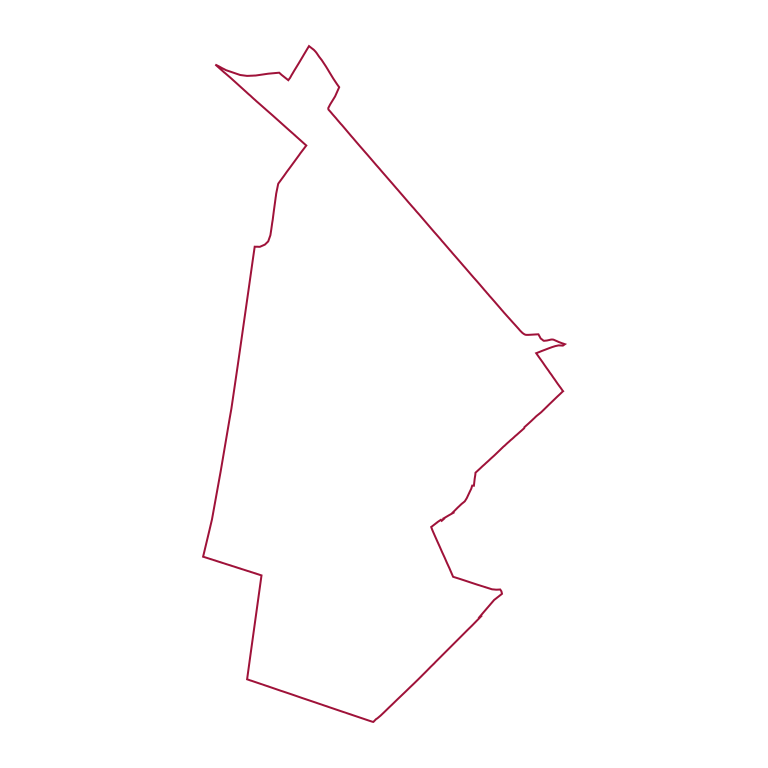 Valle de Chalco Solidaridad, México, Mexico
{"feature_id": "50627088B34446663804025", "entity_name": "Valle de Chalco Solidaridad", "entity_type": "district", "adm_level": 2, "iso_a3": "MEX", "parent_name": "Mexico", "parent_adm1": "México", "projection": "orthographic", "projection_center": [-98.94, 19.283], "detail": "fine", "context": "isolated", "style": "outline", "palette": "rose", "viewbox_px": 768, "rotation_deg": 0, "n_neighbors": 0, "source": "geoboundaries", "source_scale": "gbopen_adm2", "svg_char_len": 4712}
<svg xmlns="http://www.w3.org/2000/svg" viewBox="0 0 768 768"><path d="M292.2,132.9L303.8,143.3L306.3,145.5L300.2,153.5L299.4,154.7L289.9,167.7L288.4,169.7L286.9,171.7L284.3,175.4L280.5,180.6L278.3,183.6L278.1,184.3L276.2,193.6L275.8,196.7L275.6,197.8L275.6,198.0L275.0,202.5L273.9,210.5L273.1,216.7L272.7,219.9L272.2,222.9L271.3,229.3L270.4,235.2L270.3,235.5L268.2,241.4L264.9,244.6L259.9,246.8L254.7,246.7L252.8,259.8L249.0,286.7L245.3,312.6L241.5,339.2L237.8,365.0L231.4,408.6L229.6,418.8L220.7,471.2L212.0,519.3L209.3,530.8L203.1,556.7L261.5,575.4L250.5,654.6L247.1,679.3L248.3,679.7L250.8,680.6L251.0,680.6L260.7,683.9L272.2,687.8L280.9,690.8L282.8,691.4L292.3,694.6L302.1,698.0L316.1,702.7L317.5,703.2L337.5,710.0L363.0,718.6L368.6,720.5L372.6,721.8L373.4,721.9L376.1,719.1L376.3,719.0L377.1,718.5L377.5,718.2L380.6,715.6L384.8,711.6L389.0,707.5L393.2,703.5L397.4,699.4L401.6,695.4L405.8,691.4L410.0,687.3L414.2,683.3L418.4,679.2L422.4,675.2L426.5,671.1L430.5,667.0L434.6,663.0L435.6,661.9L439.6,657.9L443.6,653.9L447.6,649.9L451.6,645.9L455.6,641.9L459.6,637.9L463.6,633.9L467.6,629.9L472.5,625.1L476.5,621.0L480.6,616.8L479.7,616.8L483.2,612.7L486.8,608.5L490.5,604.2L494.2,599.9L495.0,599.3L502.0,593.8L501.4,591.3L500.2,589.5L496.4,589.7L492.0,589.3L484.7,587.0L477.4,584.7L471.3,582.7L465.3,580.7L459.2,578.7L453.1,576.8L450.0,569.6L449.5,568.4L447.0,563.0L444.6,557.5L442.1,552.1L439.7,546.6L437.2,541.1L434.8,535.7L432.4,530.2L431.2,527.0L437.8,521.9L440.9,519.8L441.7,520.8L444.0,518.8L443.6,518.4L443.8,518.3L448.7,515.4L453.7,512.6L453.6,512.2L453.1,512.2L457.8,507.5L461.4,504.1L462.6,503.1L463.4,502.5L464.8,501.3L466.8,498.1L469.8,491.7L471.3,488.6L472.1,485.8L471.4,485.6L471.5,485.6L472.6,485.6L473.9,485.7L474.7,478.6L475.3,474.9L475.5,472.7L480.3,468.3L482.5,466.2L484.9,464.1L485.6,463.4L488.5,460.8L490.4,459.0L490.6,458.8L492.6,457.0L493.4,456.3L494.6,455.2L496.9,453.0L503.4,446.7L503.8,446.3L504.2,446.1L506.2,444.2L507.6,442.9L508.2,442.4L509.1,441.6L510.8,440.0L511.7,439.3L513.3,437.9L515.2,436.1L517.0,434.6L519.0,432.8L524.2,428.2L524.4,427.2L528.1,423.9L531.7,420.6L532.0,420.3L536.4,416.1L541.1,412.3L544.3,409.2L549.2,404.4L554.4,399.4L557.2,396.7L560.0,394.1L562.6,391.6L563.1,391.2L562.5,390.5L561.0,388.3L560.1,387.1L557.9,384.1L556.3,381.8L554.8,379.6L553.2,377.4L551.6,375.0L550.1,373.0L549.6,372.3L548.7,370.9L547.6,369.4L546.3,367.6L545.2,366.0L544.9,365.6L542.8,362.5L539.0,357.2L536.2,353.2L537.8,352.6L542.0,350.9L545.2,349.7L548.8,348.3L552.1,347.1L555.3,346.1L558.6,345.4L562.9,345.6L564.9,344.2L563.5,343.7L562.2,343.3L558.5,341.9L557.7,341.5L555.4,340.5L553.6,339.7L553.1,339.6L552.5,339.5L551.9,339.5L551.4,339.5L550.0,339.8L549.7,339.9L547.0,340.5L546.1,340.6L543.9,340.8L543.4,340.6L542.2,339.6L540.7,338.5L539.9,337.0L538.4,334.3L538.0,334.3L529.6,334.8L527.2,334.9L525.7,334.8L524.6,334.4L523.8,333.9L522.4,332.9L521.1,331.6L519.8,330.3L519.1,329.4L512.6,322.2L506.5,315.4L505.0,313.7L503.9,312.5L503.0,311.4L501.3,309.5L501.0,309.1L497.9,305.5L491.3,297.9L489.4,295.8L488.2,294.3L487.6,293.7L486.5,292.4L485.5,291.2L484.4,290.0L483.0,288.3L477.5,281.9L473.3,277.2L470.2,273.6L469.6,272.9L467.2,270.1L464.7,267.2L463.7,266.1L459.4,261.1L456.8,258.1L452.5,253.2L451.1,251.5L450.0,250.3L447.8,247.7L447.1,246.9L443.4,242.6L441.7,240.7L440.6,239.3L437.8,236.1L437.1,235.3L435.7,233.7L434.0,231.8L430.4,227.6L428.6,225.5L424.4,220.6L423.2,219.2L419.0,214.3L416.4,211.4L413.7,208.2L412.4,206.8L408.3,202.1L404.1,197.2L400.3,192.8L397.3,189.3L396.3,188.2L392.2,183.4L390.0,180.9L384.1,174.1L380.8,170.3L380.0,169.3L376.2,165.0L376.1,164.9L372.0,160.1L369.0,156.6L367.2,154.5L364.9,151.9L362.4,149.0L360.1,146.4L355.8,141.4L353.1,138.2L350.9,135.7L346.1,130.0L343.4,126.8L341.6,124.7L340.8,123.9L336.7,119.1L336.2,118.4L335.9,118.1L332.3,114.0L331.5,113.0L330.1,111.4L329.2,110.4L328.5,109.6L328.3,108.9L328.3,108.0L329.6,105.5L330.1,104.5L335.1,96.4L338.7,88.3L339.2,87.2L338.4,86.1L336.9,84.0L333.3,78.6L329.1,71.7L328.1,70.0L325.9,66.4L321.8,60.2L321.7,60.0L321.5,59.8L319.1,56.7L316.6,53.0L315.4,51.5L315.0,51.1L314.0,50.0L309.0,46.1L306.8,49.7L306.7,49.9L304.5,53.6L304.0,54.4L303.2,55.8L301.0,59.5L300.7,60.0L299.1,62.7L297.7,65.0L295.8,68.1L294.2,70.7L292.8,73.1L291.7,74.9L290.1,77.8L288.3,80.2L281.5,74.8L279.2,72.7L268.2,73.7L255.8,75.5L251.5,75.7L247.1,75.9L240.2,75.0L226.1,70.2L225.6,70.0L225.3,69.8L224.6,69.4L223.6,68.9L222.0,68.1L218.8,66.3L215.4,64.6L223.5,71.8L223.9,72.2L225.2,73.2L230.3,77.6L236.3,83.0L248.3,93.9L249.8,95.2L250.3,95.6L252.2,97.4L254.4,99.4L254.8,99.7L256.4,101.2L257.2,101.9L258.6,103.1L261.1,105.3L264.5,108.3L265.0,108.7L265.4,109.1L272.6,115.4L289.8,130.8L292.2,132.9Z" fill="none" stroke="#9f1239" stroke-width="2"/></svg>